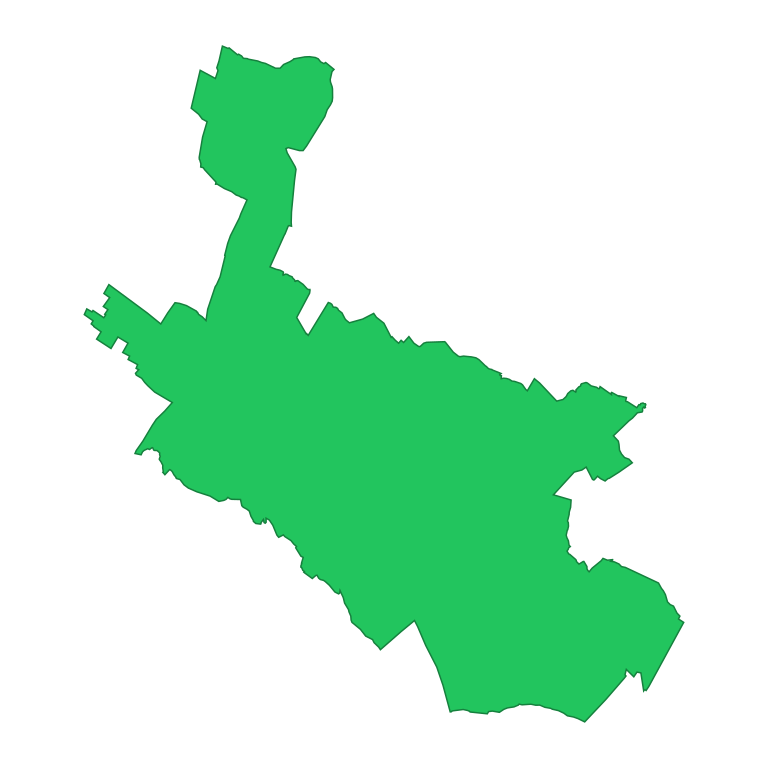 Botosani, Botosani, Romania
{"feature_id": "2599482B38392608659449", "entity_name": "Botosani", "entity_type": "district", "adm_level": 2, "iso_a3": "ROU", "parent_name": "Romania", "parent_adm1": "Botosani", "projection": "mercator", "projection_center": [26.676, 47.753], "detail": "fine", "context": "isolated", "style": "filled", "palette": "green", "viewbox_px": 768, "rotation_deg": 0, "n_neighbors": 0, "source": "geoboundaries", "source_scale": "gbopen_adm2", "svg_char_len": 6086}
<svg xmlns="http://www.w3.org/2000/svg" viewBox="0 0 768 768"><path d="M683.7,622.4L678.5,619.0L679.9,616.1L677.0,613.1L673.5,606.1L670.2,604.6L667.5,601.9L665.4,594.6L663.4,590.9L661.4,588.3L658.5,583.0L625.3,567.4L621.5,566.6L619.0,564.0L614.4,561.9L610.8,561.3L612.7,559.9L612.6,559.6L607.5,560.2L603.0,558.4L601.1,560.8L592.2,568.1L589.1,571.8L587.7,570.3L587.0,568.8L586.9,566.5L583.9,561.5L583.2,561.5L579.0,564.1L576.5,561.6L576.2,560.2L575.6,559.4L569.8,554.4L568.7,553.9L567.0,551.1L568.2,549.3L568.8,547.5L570.3,546.6L569.0,545.0L568.4,540.8L566.9,537.7L566.2,535.2L567.3,530.0L567.7,529.8L568.5,526.2L568.3,522.6L567.5,521.1L569.1,514.6L569.3,511.9L570.6,507.4L571.1,500.0L553.4,494.8L574.2,472.1L581.9,470.0L586.2,467.1L592.5,479.4L593.7,480.0L594.3,479.8L597.6,476.2L600.5,478.6L605.1,481.0L607.8,478.7L609.4,478.2L618.9,472.2L632.3,462.8L629.0,459.2L624.6,457.6L621.5,454.0L619.5,450.1L619.0,444.4L618.3,441.1L613.4,435.8L628.9,420.9L632.5,418.1L637.4,412.8L642.1,412.0L642.5,411.3L642.7,410.0L642.4,408.9L643.5,407.2L644.6,408.0L645.4,407.5L645.1,406.5L645.8,404.7L645.4,403.8L644.3,403.8L643.0,403.0L640.7,403.6L640.2,404.8L638.9,404.7L636.8,407.7L627.4,401.7L625.9,401.4L625.7,400.5L626.4,397.5L619.1,395.8L619.0,396.4L611.7,392.4L611.2,392.9L611.4,394.6L600.1,386.6L599.4,388.6L598.4,388.6L596.6,387.3L591.2,385.9L587.4,383.0L586.0,382.5L581.4,383.8L580.8,384.7L580.6,386.0L578.9,386.8L575.9,390.0L576.1,391.1L575.7,392.1L572.9,390.3L570.9,390.8L567.8,393.5L566.1,396.6L563.0,399.5L556.7,401.1L539.7,383.1L534.4,378.7L527.3,390.8L525.7,389.4L522.5,384.8L520.8,383.5L514.6,381.4L512.0,381.1L509.4,379.4L506.6,378.5L503.7,378.2L501.2,378.7L501.4,375.7L500.1,375.4L499.7,374.6L501.1,373.5L492.2,369.9L491.9,369.5L489.3,369.0L487.5,367.8L486.5,366.5L485.6,366.1L478.9,359.6L475.9,357.8L471.5,356.9L463.5,356.1L459.9,356.7L458.2,356.1L453.2,352.1L445.3,342.1L444.6,341.7L426.6,342.3L423.7,343.2L420.4,346.3L419.6,346.6L418.5,346.4L413.9,343.2L408.9,336.6L403.6,342.5L401.1,340.3L398.6,343.2L395.2,340.2L392.0,336.7L391.2,337.4L383.9,323.2L376.4,317.3L373.7,313.4L362.6,319.1L349.4,322.8L346.2,320.2L345.0,318.8L342.0,312.9L338.5,310.2L337.6,308.4L335.9,307.3L333.2,307.1L331.9,304.4L330.5,303.3L328.3,302.5L308.2,335.4L306.6,333.6L306.2,333.9L296.7,317.5L309.6,293.2L310.0,290.4L309.9,289.5L308.9,289.6L307.4,289.1L303.1,284.4L297.8,280.6L296.3,280.8L295.7,281.4L294.9,281.2L294.9,280.5L294.3,279.6L292.9,278.3L292.1,276.8L288.9,275.5L287.6,274.5L285.6,274.1L283.1,275.2L282.9,274.2L283.5,272.9L283.1,271.8L280.0,270.2L276.1,269.3L270.0,266.9L284.3,235.1L285.0,234.0L288.2,226.1L288.9,225.6L291.5,226.2L291.2,222.5L291.5,212.0L294.5,180.7L296.0,169.3L295.1,166.7L287.2,152.9L285.9,148.6L288.2,147.6L299.5,150.6L303.1,150.6L306.5,146.1L324.8,116.6L327.2,109.7L330.5,104.7L332.2,101.2L332.6,97.7L332.5,88.9L332.1,86.6L330.5,82.1L330.2,79.5L332.0,71.6L334.0,69.4L325.6,62.5L323.9,63.6L320.7,61.9L318.2,58.8L315.3,57.5L309.4,56.7L304.8,56.9L293.7,58.9L293.2,59.6L289.9,61.7L283.6,64.5L280.1,68.2L275.5,68.2L265.4,63.4L261.6,62.5L257.8,61.0L248.5,59.2L247.3,58.6L243.4,58.3L241.6,56.0L238.6,54.2L237.5,54.8L229.1,47.9L228.0,48.4L222.4,46.1L219.0,61.0L216.8,67.8L218.0,70.6L215.4,78.5L200.2,70.3L191.2,108.2L198.6,114.2L202.2,119.0L207.1,121.7L202.6,137.0L199.2,157.3L199.3,159.3L199.8,160.0L200.9,163.9L200.7,167.0L203.4,167.8L204.5,169.6L216.0,182.1L215.6,184.2L217.1,184.1L224.5,188.6L231.6,191.6L236.1,195.0L239.2,196.1L241.3,197.4L242.9,197.7L247.0,199.9L240.8,213.9L239.4,217.9L230.5,235.6L227.7,243.4L224.8,254.9L224.7,255.5L225.2,255.9L220.1,276.8L216.6,284.6L215.2,286.7L207.7,309.2L206.0,320.6L202.2,316.8L198.6,314.4L197.5,312.2L197.0,312.2L196.4,311.1L186.5,305.6L179.6,303.4L175.0,302.7L167.8,312.8L160.8,324.0L147.4,313.1L108.9,284.6L103.9,293.5L109.7,297.6L103.3,306.5L107.9,309.6L104.7,314.3L105.7,314.9L103.8,317.7L93.0,310.5L92.0,311.9L86.8,308.9L84.3,314.6L93.1,320.8L91.2,323.9L93.9,326.2L93.8,326.6L101.1,331.8L96.6,339.1L111.0,348.5L117.9,337.0L128.0,343.1L122.7,352.5L129.6,356.1L128.1,359.5L137.6,364.6L136.1,368.4L138.7,369.7L135.5,373.3L136.3,375.1L141.7,378.3L144.7,382.4L147.8,385.7L154.7,392.1L172.3,402.5L164.8,411.0L156.3,419.3L152.3,425.3L142.8,441.2L136.2,450.6L135.0,453.5L141.1,454.8L142.5,451.9L144.1,450.4L147.8,448.7L149.5,449.5L152.1,447.6L152.8,447.9L153.6,449.9L154.2,450.4L157.2,450.6L159.7,452.9L159.6,454.7L160.2,456.3L159.3,459.0L159.4,459.6L160.9,461.6L162.8,465.3L162.7,467.8L163.3,471.8L162.8,472.3L164.9,474.7L169.6,469.6L170.3,469.8L172.1,471.4L174.0,474.9L176.0,477.3L175.9,477.8L176.7,478.6L180.0,479.5L184.0,484.8L188.4,488.1L196.8,491.8L210.1,496.1L218.8,501.4L223.8,500.4L226.0,499.4L227.9,497.4L230.1,498.9L231.8,499.3L240.5,499.5L241.8,505.7L243.2,507.2L246.9,509.2L249.3,511.1L251.0,516.4L253.3,520.4L253.4,521.4L255.8,523.5L260.5,524.1L261.0,523.8L261.0,522.7L263.4,519.5L264.1,522.6L265.2,523.2L266.1,522.3L266.1,518.2L269.3,520.0L272.8,525.2L276.9,535.1L278.7,537.3L283.4,534.9L284.7,536.5L291.0,540.6L293.7,544.0L296.5,546.5L295.7,547.8L300.9,556.2L303.2,557.4L301.5,563.2L301.8,563.4L300.9,565.9L300.9,567.2L301.7,567.7L302.8,570.3L304.4,571.5L303.8,572.2L304.6,572.9L312.3,578.5L315.8,575.5L317.0,575.2L318.7,578.2L320.3,579.5L323.6,580.4L325.2,581.5L329.3,585.2L334.9,592.0L338.6,593.9L339.5,593.3L340.0,590.5L343.3,597.7L344.6,603.1L348.5,609.6L349.0,611.9L350.8,616.1L351.1,620.0L352.0,622.4L360.4,629.3L365.7,636.1L372.6,639.6L374.1,642.7L378.7,647.1L380.4,649.7L401.1,631.6L414.5,620.5L417.7,626.7L425.7,645.4L436.8,667.1L443.0,685.3L450.2,711.9L451.3,711.8L452.3,710.9L463.2,709.5L467.7,710.5L469.5,711.3L470.1,712.0L487.3,713.8L488.6,711.6L492.3,711.1L499.4,712.3L503.9,709.3L507.5,707.9L514.0,706.9L518.3,705.1L519.1,704.1L522.0,704.8L530.9,704.2L535.7,705.2L539.8,705.1L544.9,707.3L550.6,708.3L552.3,709.2L558.4,710.6L563.7,713.1L567.4,715.8L573.5,717.0L578.0,718.6L584.7,721.9L605.8,699.5L624.2,678.3L626.0,676.0L625.0,674.8L626.3,669.4L633.8,676.8L637.0,672.1L640.9,672.9L643.7,690.9L644.4,689.9L645.3,689.9L646.1,690.5L648.9,686.3L683.7,622.4Z" fill="#22c55e" stroke="#15803d" stroke-width="1.5"/></svg>